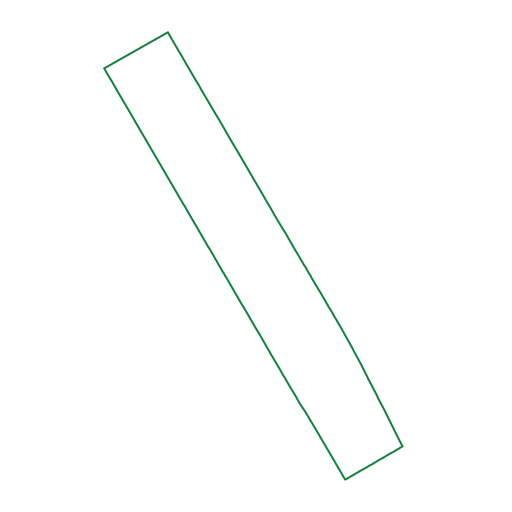 the district of Melchor de Mencos, Petén, Guatemala, rotated 330°
{"feature_id": "79465075B26662084929959", "entity_name": "Melchor de Mencos", "entity_type": "district", "adm_level": 2, "iso_a3": "GTM", "parent_name": "Guatemala", "parent_adm1": "Petén", "projection": "natural_earth1", "projection_center": [-89.228, 17.318], "detail": "fine", "context": "isolated", "style": "outline", "palette": "green", "viewbox_px": 512, "rotation_deg": 330, "n_neighbors": 0, "source": "geoboundaries", "source_scale": "gbopen_adm2", "svg_char_len": 1493}
<svg xmlns="http://www.w3.org/2000/svg" viewBox="0 0 512 512"><g transform="rotate(330 256 256)"><path d="M287.7,494.1L288.0,488.1L288.7,474.6L288.9,474.4L288.9,472.9L290.2,452.8L290.6,440.0L291.0,437.0L291.5,425.9L291.7,420.1L291.7,418.2L291.9,417.6L292.0,415.3L292.1,413.8L292.2,411.7L292.3,410.5L292.5,407.3L292.5,406.7L292.8,401.9L293.0,396.2L293.1,388.6L293.4,383.5L293.7,361.4L293.7,350.3L293.6,349.9L293.7,339.3L293.5,338.8L293.5,317.2L293.3,316.5L293.4,315.5L293.2,301.7L293.4,300.6L293.2,297.3L293.2,296.0L293.2,295.3L293.3,289.7L293.1,288.8L293.0,274.0L292.9,269.7L293.0,250.9L292.5,236.7L292.6,218.1L292.5,217.4L292.5,206.9L292.5,206.0L292.5,204.6L292.3,157.1L292.1,140.2L292.2,121.6L292.0,112.8L291.8,90.4L291.8,86.9L291.7,84.9L291.9,80.0L291.7,73.4L291.6,51.8L291.7,41.3L291.5,40.8L291.6,35.7L291.5,29.9L291.5,18.2L218.4,17.6L218.3,25.5L218.5,32.9L218.4,43.3L218.6,65.7L218.6,81.6L218.9,145.4L219.0,175.7L219.2,176.3L219.1,181.4L219.2,181.9L219.1,182.7L219.2,209.1L219.2,225.5L219.4,225.8L219.3,252.1L219.5,256.8L219.3,257.4L219.5,259.0L219.5,279.6L219.5,286.2L219.5,291.6L219.7,292.5L219.7,317.8L219.9,325.2L219.8,350.0L220.0,363.8L219.9,374.3L220.1,375.2L220.0,385.6L220.1,387.2L220.3,399.6L220.2,400.0L220.2,406.8L220.8,415.5L221.2,443.8L221.1,444.8L221.2,448.6L221.3,466.9L221.4,494.1L221.7,494.3L231.1,494.3L239.0,494.2L247.3,494.4L248.8,494.2L251.7,494.4L259.1,494.2L266.8,494.3L272.4,494.1L276.7,494.3L287.7,494.1Z" fill="none" stroke="#15803d" stroke-width="2"/></g></svg>